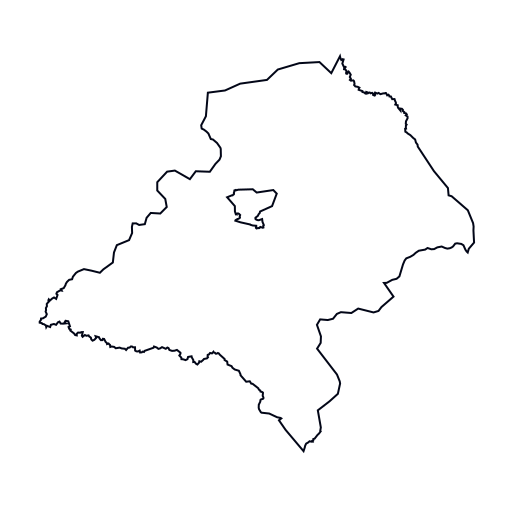 Kati, Koulikoro, Mali, rotated 268°
{"feature_id": "8926073B85176458631238", "entity_name": "Kati", "entity_type": "district", "adm_level": 2, "iso_a3": "MLI", "parent_name": "Mali", "parent_adm1": "Koulikoro", "projection": "orthographic", "projection_center": [-8.119, 12.599], "detail": "fine", "context": "isolated", "style": "outline", "palette": "ink", "viewbox_px": 512, "rotation_deg": 268, "n_neighbors": 0, "source": "geoboundaries", "source_scale": "gbopen_adm2", "svg_char_len": 6054}
<svg xmlns="http://www.w3.org/2000/svg" viewBox="0 0 512 512"><g transform="rotate(268 256 256)"><path d="M59.3,296.7L63.1,298.1L64.4,298.4L66.3,299.3L66.9,299.8L67.6,301.3L69.0,303.1L68.5,304.8L68.5,306.2L69.4,305.9L69.7,306.8L71.1,306.9L71.4,308.2L75.0,311.2L76.4,312.8L78.5,314.5L79.0,314.1L82.4,314.8L99.6,312.4L108.2,324.4L115.4,333.0L125.6,335.6L127.8,335.3L134.7,332.8L161.3,313.8L166.9,317.6L173.4,318.1L185.1,314.5L190.4,317.9L189.5,325.5L190.6,330.8L195.3,334.8L196.9,338.9L195.7,349.3L199.9,356.3L195.5,371.5L196.8,376.5L200.6,379.6L210.6,392.0L224.6,383.0L224.6,385.7L227.4,391.3L228.3,395.7L230.6,398.6L242.4,402.6L246.3,404.4L248.4,406.1L249.8,410.1L251.6,413.4L253.6,415.7L255.6,418.9L256.5,425.3L258.0,427.7L256.6,431.5L256.7,434.3L258.3,437.5L259.0,441.9L257.4,445.2L256.7,447.5L257.0,449.9L257.7,451.8L258.7,453.3L261.4,455.5L261.7,457.4L260.9,461.6L259.5,463.7L255.0,465.5L253.1,466.7L252.1,467.7L255.8,468.9L261.8,474.4L273.9,474.2L277.9,474.5L281.3,474.1L294.3,469.3L308.9,453.6L309.9,450.6L317.2,450.2L334.6,436.8L359.7,421.5L361.7,421.3L363.8,419.8L366.9,419.1L368.5,417.2L371.4,414.5L373.3,411.7L374.1,411.1L375.0,409.6L377.9,409.5L378.1,410.4L378.9,410.2L381.2,410.4L382.0,411.1L382.9,410.3L385.4,410.6L388.4,412.3L390.1,412.3L391.3,410.6L392.3,411.6L393.3,410.9L393.8,409.1L394.7,409.2L396.0,407.5L396.9,407.9L398.0,407.0L398.4,404.9L396.7,405.1L399.3,403.1L400.7,402.8L401.7,402.9L402.5,400.5L403.7,401.2L404.6,401.1L406.2,400.4L408.0,399.9L408.0,397.6L410.7,396.4L410.8,394.9L411.9,394.6L412.6,393.9L412.0,392.7L414.3,391.6L414.4,390.9L414.0,390.2L414.1,388.9L413.4,386.0L414.7,384.2L414.1,382.9L415.2,380.7L414.4,380.2L413.6,380.7L412.8,380.7L412.2,380.2L412.8,378.7L414.1,378.6L415.0,377.8L414.6,376.2L415.4,375.4L415.4,374.7L414.7,373.5L415.7,373.0L416.1,371.9L414.4,371.5L414.6,370.9L415.6,369.9L416.2,368.1L417.1,368.1L418.5,364.4L419.7,364.6L420.6,365.2L421.5,363.6L422.0,361.2L423.5,360.0L424.5,360.5L427.3,360.1L428.1,359.4L427.9,357.0L428.7,356.0L429.2,356.4L429.2,357.0L429.9,357.0L431.6,356.0L433.9,357.0L435.9,355.9L437.1,355.0L436.4,354.3L435.0,353.6L435.0,352.7L435.6,352.4L437.8,352.9L439.3,351.8L439.6,350.5L440.2,350.6L441.7,352.1L442.0,351.7L441.8,350.5L445.3,349.0L449.4,350.4L449.7,349.4L448.9,348.1L451.0,347.2L452.7,346.9L436.1,337.6L447.6,326.2L447.2,306.0L441.6,284.3L431.6,273.1L428.8,246.2L422.5,230.8L420.9,213.6L397.4,210.8L388.6,205.8L385.6,206.1L385.2,206.2L384.2,208.2L382.1,210.8L380.1,212.7L374.5,214.9L373.9,217.1L370.3,221.0L365.4,224.2L364.2,224.5L356.9,224.4L353.6,222.9L349.5,218.7L341.8,212.8L342.8,198.8L335.1,192.6L344.2,177.9L343.4,170.1L333.2,159.9L324.9,159.6L316.2,167.3L308.1,168.5L301.8,161.8L302.7,152.3L298.0,148.0L291.7,146.0L291.1,140.3L292.8,137.4L292.9,133.9L289.4,133.0L283.3,133.0L276.3,129.7L271.7,117.3L264.5,114.2L254.5,112.7L248.0,103.0L244.7,99.4L247.1,91.0L248.9,83.6L246.6,77.4L245.3,75.4L241.7,72.3L239.2,71.4L238.7,68.4L236.7,66.2L234.9,65.0L233.4,64.5L230.6,62.7L229.7,59.9L228.2,60.6L228.5,59.1L226.7,55.8L225.2,55.2L224.0,56.3L220.1,54.8L221.6,52.7L220.6,50.8L218.6,48.4L219.9,47.4L219.1,47.0L217.3,47.1L216.3,46.0L215.3,45.2L213.1,45.3L211.3,44.2L209.2,44.3L207.8,43.8L205.2,44.9L202.8,43.8L201.1,40.8L201.0,39.0L199.6,38.8L197.9,37.5L196.9,37.5L196.4,39.6L195.5,40.2L195.3,41.6L193.9,43.6L192.2,43.9L193.5,44.7L192.2,47.8L194.4,48.6L195.1,51.7L194.2,53.8L196.7,55.8L197.3,57.3L195.3,58.4L195.1,60.9L195.3,63.6L196.1,62.2L197.9,63.4L197.3,66.1L192.2,67.6L191.6,66.2L189.7,66.8L189.0,68.2L188.0,67.8L185.0,71.4L183.3,72.5L182.9,74.1L184.5,74.1L185.7,75.5L185.5,77.7L186.0,78.7L186.0,80.2L182.4,79.2L181.3,79.9L183.0,82.2L182.2,83.7L182.5,85.9L181.5,86.4L180.2,88.1L178.4,88.5L177.1,89.7L177.8,91.4L179.7,93.4L181.4,92.9L180.3,96.3L179.1,96.7L177.3,98.1L177.3,99.6L178.6,100.1L178.4,101.3L175.4,102.7L174.1,104.0L173.2,104.1L173.7,105.6L172.8,106.3L172.2,107.0L170.2,107.2L170.6,108.6L170.1,111.1L168.7,112.6L169.2,116.5L168.3,118.6L167.9,121.7L166.6,122.9L168.8,124.9L168.9,126.5L170.0,127.9L169.7,129.3L169.0,129.9L169.0,131.9L165.7,131.9L164.9,133.1L164.7,134.8L165.5,136.4L163.6,136.8L163.7,138.5L164.4,139.4L164.0,140.7L165.1,141.4L167.9,150.4L169.1,150.9L168.0,153.6L166.6,155.2L167.0,156.9L168.2,158.9L166.4,162.6L167.6,164.2L167.1,165.3L165.1,166.2L164.1,168.8L164.2,171.3L164.9,173.7L162.0,177.1L161.0,177.1L159.2,175.9L157.1,177.8L155.5,177.9L155.3,179.6L154.4,182.0L155.3,183.9L157.5,184.6L158.0,188.1L156.9,188.3L154.2,189.7L152.2,189.6L152.3,190.9L150.5,192.2L149.6,193.6L151.3,195.3L152.8,195.7L152.2,197.4L153.9,199.5L154.9,200.4L155.4,203.4L156.5,204.5L157.3,204.1L158.9,204.3L159.3,205.6L160.7,206.7L160.2,208.6L161.7,210.1L161.1,210.3L160.7,211.6L159.8,212.3L159.8,213.4L160.4,214.5L159.8,215.6L158.8,216.2L154.2,221.0L153.1,221.0L151.5,223.5L148.5,223.8L146.8,227.7L145.1,228.6L143.3,230.8L141.9,234.9L138.2,236.4L137.3,236.4L130.7,241.8L131.0,245.4L128.6,246.8L128.4,248.1L124.4,252.9L123.7,253.7L122.4,254.2L121.4,255.6L120.4,255.7L119.7,257.7L119.1,258.2L116.0,257.8L114.3,258.5L113.4,258.4L112.9,257.8L112.6,256.2L111.9,255.4L110.3,255.2L107.3,253.6L104.2,253.4L102.8,253.7L99.7,255.4L99.2,256.1L98.1,263.7L94.1,271.5L93.3,274.9L92.8,275.6L91.0,273.2L81.2,279.5L59.3,296.7ZM318.8,236.2L320.0,236.1L320.6,236.4L322.3,236.7L322.7,238.0L322.3,238.2L322.9,240.7L322.8,255.1L319.4,258.9L321.3,275.6L317.6,278.9L305.3,273.8L300.3,261.6L298.8,261.2L297.7,260.1L296.0,259.2L294.5,257.1L293.9,257.0L293.8,256.7L292.8,256.9L292.2,257.8L291.7,259.3L291.7,260.2L292.7,263.4L289.8,263.7L286.6,264.9L286.0,264.3L284.2,264.4L284.0,263.7L284.9,261.4L284.5,260.8L284.2,260.8L283.8,260.3L283.7,259.8L283.9,259.2L283.5,257.5L284.1,256.9L284.7,256.9L285.3,257.3L286.2,257.3L286.6,253.8L287.4,251.5L287.7,251.3L290.2,241.7L292.0,236.6L292.5,236.8L293.6,238.8L293.8,239.8L294.5,241.0L294.9,241.3L296.4,241.1L297.5,241.6L298.7,240.5L299.2,239.5L299.1,238.5L298.8,238.1L298.3,238.1L298.5,237.6L298.4,237.3L301.2,236.5L306.6,236.6L315.7,229.2L317.5,234.1L317.4,234.7L318.2,235.5L318.4,236.0L318.8,236.2Z" fill="none" stroke="#020617" stroke-width="2"/></g></svg>